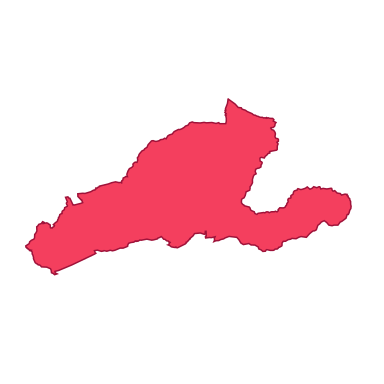 outline of Darmanesti, Bacau, Romania, rotated 186°
{"feature_id": "2599482B46065008984016", "entity_name": "Darmanesti", "entity_type": "district", "adm_level": 2, "iso_a3": "ROU", "parent_name": "Romania", "parent_adm1": "Bacau", "projection": "equal_earth", "projection_center": [26.342, 46.329], "detail": "fine", "context": "isolated", "style": "filled", "palette": "rose", "viewbox_px": 384, "rotation_deg": 186, "n_neighbors": 0, "source": "geoboundaries", "source_scale": "gbopen_adm2", "svg_char_len": 6072}
<svg xmlns="http://www.w3.org/2000/svg" viewBox="0 0 384 384"><g transform="rotate(186 192 192)"><path d="M37.5,205.8L39.6,205.9L43.0,204.6L44.4,206.0L47.5,206.1L50.2,208.3L51.5,207.6L52.2,207.8L53.1,209.0L53.4,210.1L54.0,210.3L58.2,209.1L62.0,209.3L64.2,208.5L65.5,210.6L66.3,210.5L68.3,209.3L71.5,210.0L72.9,208.3L75.0,207.1L77.9,209.1L79.6,207.6L82.9,206.1L84.2,205.8L87.0,206.4L87.4,206.0L87.6,205.0L90.3,203.8L91.0,202.7L91.3,200.3L92.9,199.1L93.4,198.3L93.0,197.4L93.2,196.3L95.0,195.8L95.5,195.4L95.9,194.0L95.4,193.0L95.5,192.0L96.4,190.5L96.7,188.6L97.2,188.2L98.0,186.4L99.5,185.7L103.0,185.5L104.5,183.5L104.2,182.5L105.4,181.1L107.1,181.6L107.9,181.0L111.1,180.6L113.1,179.5L114.4,180.2L116.0,180.0L117.4,178.9L118.5,179.1L124.1,177.7L125.1,176.5L127.2,177.2L128.0,178.8L131.1,179.8L131.9,180.5L132.7,182.3L133.4,183.0L138.6,183.8L138.9,184.4L140.3,185.0L141.4,186.1L141.8,187.0L141.9,189.6L141.4,190.5L139.6,191.7L138.7,194.1L138.2,197.8L134.8,199.8L134.6,201.9L134.9,203.1L133.6,205.4L132.8,207.5L133.2,210.7L132.6,214.1L131.9,215.6L130.1,216.8L131.2,218.8L131.1,221.2L129.4,222.4L127.8,222.8L126.1,224.1L126.1,226.2L125.4,227.5L125.3,228.6L125.8,229.2L127.4,229.8L128.0,232.1L127.7,233.2L126.7,233.7L123.6,233.4L123.0,235.0L121.0,237.1L120.6,238.1L118.7,238.9L118.7,239.4L119.2,240.0L119.0,240.4L112.4,242.4L111.7,243.1L112.0,246.9L111.4,248.8L112.8,250.4L111.4,251.5L111.6,253.4L112.3,254.0L114.0,254.1L114.6,254.6L115.3,255.8L115.1,258.5L115.7,260.1L117.3,262.0L119.3,262.4L120.4,263.8L120.0,264.3L118.1,264.6L116.8,265.9L116.5,267.0L116.5,268.4L115.7,269.9L118.6,271.0L118.1,272.5L119.4,273.6L122.5,273.4L124.2,273.8L124.9,273.3L125.7,273.8L126.1,273.1L127.1,273.5L128.3,273.1L130.1,273.7L131.1,273.4L132.8,273.6L133.9,274.1L135.7,274.3L137.0,275.0L137.8,274.9L139.2,275.3L140.4,276.2L145.5,277.8L147.4,278.9L150.8,279.6L151.8,280.9L154.9,280.9L158.2,283.9L166.3,288.6L165.8,288.1L166.0,283.7L167.4,278.5L167.4,277.9L166.9,277.0L167.6,276.6L167.1,275.5L167.6,274.6L166.3,273.6L166.8,273.2L167.0,272.0L166.1,271.9L166.4,271.4L165.6,268.9L165.3,265.9L165.6,263.5L171.2,262.9L171.9,263.0L172.6,263.8L175.3,262.7L179.5,263.2L184.8,262.3L187.3,262.5L191.1,261.5L197.3,261.2L199.1,261.7L201.6,260.5L203.0,258.0L205.4,256.9L206.4,255.6L208.7,253.8L210.7,252.8L212.0,252.8L216.1,250.2L217.7,247.6L220.5,246.4L222.0,245.2L223.3,242.2L224.9,242.6L226.2,241.4L228.7,240.8L230.2,239.5L232.4,238.7L233.7,238.5L236.1,239.0L237.6,238.6L240.6,234.5L241.4,231.8L243.6,230.0L244.1,228.8L246.1,227.6L248.2,224.5L248.7,223.3L248.9,221.8L249.9,220.4L249.3,218.0L249.8,215.7L251.6,215.8L252.6,215.0L253.7,213.5L253.3,212.4L253.4,211.5L254.5,210.1L256.7,208.7L257.8,206.3L258.6,203.1L258.5,202.2L257.8,200.5L259.7,200.4L260.3,199.6L261.9,198.7L262.0,196.8L263.0,195.8L263.0,193.8L263.8,194.2L265.5,193.7L269.1,194.1L273.0,192.8L275.9,191.3L284.6,188.2L284.5,187.8L286.1,186.8L286.6,186.1L288.0,185.9L287.8,185.1L288.3,184.9L288.8,183.8L290.2,183.5L292.7,181.7L298.2,179.4L300.6,179.3L305.4,178.3L305.0,175.6L301.0,172.2L300.8,172.4L299.6,170.0L301.3,169.1L307.8,166.7L308.2,166.9L308.9,166.6L312.8,173.0L313.9,173.1L314.9,174.2L317.2,173.5L314.9,169.2L315.8,167.8L315.3,166.5L314.5,165.7L314.5,164.8L317.0,163.1L317.1,161.2L319.0,159.4L319.2,158.3L319.0,157.0L319.7,156.8L321.1,155.7L321.4,153.5L322.1,152.8L322.0,151.7L322.6,150.4L322.7,149.4L323.4,148.2L324.5,147.4L326.5,145.0L325.3,144.2L325.6,143.2L326.9,142.3L327.1,141.7L328.8,141.5L329.1,141.7L329.6,144.4L330.2,144.9L331.2,145.1L332.2,145.9L333.4,146.1L336.9,145.0L337.1,145.5L336.1,145.8L335.9,146.3L337.4,146.9L338.7,144.8L341.0,143.8L341.9,142.0L342.8,141.2L342.2,137.0L343.1,134.7L344.0,133.4L343.8,130.0L344.3,128.6L346.7,127.2L348.3,125.4L348.4,124.1L348.7,123.5L351.7,121.0L351.3,119.7L350.4,119.4L350.5,119.1L349.5,118.3L349.0,118.4L347.9,117.5L346.1,117.3L346.8,116.7L345.3,116.4L344.6,115.3L344.5,113.7L343.6,112.5L342.7,110.1L342.7,109.1L340.6,105.4L339.1,104.4L338.3,104.3L337.3,103.4L336.0,103.5L335.2,103.1L333.8,101.8L328.6,102.1L324.7,100.9L323.9,99.5L323.3,97.0L321.6,96.5L320.0,95.4L317.6,96.5L319.6,97.3L320.0,98.7L316.5,100.0L303.9,106.9L282.2,120.2L281.3,121.0L281.8,121.2L282.9,123.5L280.0,124.3L275.9,123.5L273.9,124.1L273.4,124.5L270.5,124.2L267.3,125.5L264.9,125.2L262.6,126.0L257.6,128.7L254.6,129.0L250.9,130.9L250.2,131.6L250.5,132.4L249.6,134.4L247.6,135.3L244.5,136.1L243.3,137.4L242.7,137.0L241.7,137.2L241.3,137.3L241.4,137.6L240.2,137.6L239.0,138.7L237.2,138.8L232.0,140.4L227.0,139.9L225.1,140.4L221.4,141.8L221.1,142.6L219.2,143.5L218.0,144.5L216.6,143.5L215.3,142.1L213.9,142.1L212.1,140.8L210.5,140.7L210.0,140.2L208.5,139.6L209.1,138.7L209.4,138.9L209.3,137.4L210.3,136.9L208.5,136.4L206.8,135.3L203.6,135.0L202.5,135.5L202.5,135.1L200.6,135.0L193.2,139.7L192.6,140.4L192.6,141.2L192.2,141.1L191.1,142.8L190.5,143.1L190.3,143.8L189.2,145.0L189.3,145.3L188.9,145.3L188.9,145.8L186.2,148.7L185.2,150.9L179.4,152.1L175.3,151.2L174.5,151.7L174.7,153.5L174.3,153.9L174.5,154.3L173.9,154.4L173.6,152.5L174.2,152.4L174.2,151.8L173.5,151.4L173.2,149.7L173.7,149.5L173.7,149.0L174.0,148.8L173.6,147.7L169.7,148.6L168.0,148.6L164.4,149.9L165.0,148.1L164.5,146.6L165.0,145.0L163.2,146.0L160.3,146.5L158.5,147.7L155.6,148.7L154.3,149.8L150.5,151.7L142.7,151.6L140.4,149.5L138.1,146.4L135.4,145.1L130.0,146.7L127.7,145.5L123.9,145.8L120.3,144.2L119.7,142.4L117.3,141.7L115.3,140.3L112.8,140.8L112.1,142.2L111.6,142.5L108.0,142.1L105.2,142.4L103.9,143.1L103.4,143.9L101.3,144.2L100.4,145.1L100.1,146.0L99.2,146.2L97.1,147.7L96.9,148.5L97.1,150.7L96.1,152.5L93.8,152.8L91.5,154.6L88.9,155.4L87.8,156.3L83.6,156.4L81.0,158.2L78.9,159.1L73.5,158.9L70.8,162.7L68.7,164.9L67.3,166.0L66.0,166.2L64.4,167.4L63.4,172.0L61.7,173.6L60.2,175.7L57.5,177.3L54.8,175.7L52.5,173.4L52.0,173.3L49.2,173.1L47.3,173.9L43.4,174.3L41.5,177.6L40.0,178.4L36.1,182.0L35.4,185.6L35.1,186.0L34.2,186.0L33.6,187.7L33.2,190.3L32.3,192.1L32.3,194.5L32.9,196.2L33.3,199.3L34.1,200.4L34.5,201.9L35.8,202.8L36.3,203.7L36.3,204.3L37.2,204.5L37.7,205.3L37.5,205.8Z" fill="#f43f5e" stroke="#9f1239" stroke-width="1.5"/></g></svg>